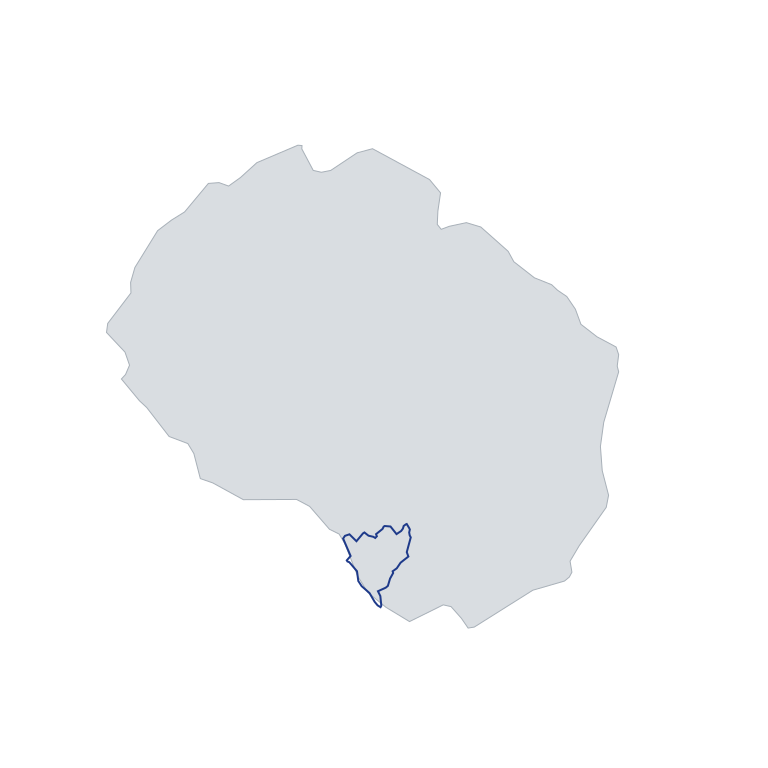 Gevgelija highlighted on a map of North Macedonia, rotated 54°
{"feature_id": "MKD-2998", "entity_name": "Gevgelija", "entity_type": "Statistical Region", "adm_level": 1, "iso_a3": "MKD", "parent_name": "North Macedonia", "parent_adm1": "", "projection": "mercator", "projection_center": [22.379, 41.246], "detail": "coarse", "context": "in_parent", "style": "outline", "palette": "blue", "viewbox_px": 768, "rotation_deg": 54, "n_neighbors": 0, "source": "natural_earth", "source_scale": "10m", "svg_char_len": 1799}
<svg xmlns="http://www.w3.org/2000/svg" viewBox="0 0 768 768"><g transform="rotate(54 384 384)"><path d="M349.8,205.6L361.4,207.1L386.5,199.9L402.2,190.0L410.1,188.5L420.7,184.7L436.0,185.2L451.5,189.6L471.1,183.9L490.5,174.5L498.2,176.9L506.6,184.8L512.1,187.0L544.1,228.7L561.7,245.6L582.4,258.4L606.0,267.7L614.4,276.7L629.5,320.9L636.7,337.6L646.7,342.6L649.1,347.5L649.5,353.8L638.3,384.8L633.7,453.9L630.9,459.4L619.1,459.1L603.5,460.6L597.5,465.9L591.2,503.0L566.0,513.6L543.2,519.6L523.9,518.2L490.0,509.5L479.0,508.5L469.5,513.5L439.3,516.1L426.0,522.6L394.9,565.8L363.3,580.7L352.6,588.2L328.5,578.7L316.9,577.7L300.2,588.7L263.6,589.8L253.8,591.7L225.6,593.5L224.4,587.5L219.2,578.8L206.0,574.8L179.2,578.2L172.6,571.9L161.6,535.2L152.9,529.3L143.3,517.0L126.9,477.0L126.5,459.5L127.6,444.2L118.5,408.2L124.1,399.1L132.5,393.4L132.6,378.8L130.2,356.7L140.2,313.3L142.9,310.2L145.5,312.3L169.6,315.7L175.9,310.2L179.9,301.6L181.2,269.8L186.9,255.0L245.4,227.0L262.6,225.9L275.8,238.8L286.2,247.1L292.5,246.8L294.8,238.5L301.9,222.5L313.9,213.4L349.5,205.6L349.8,205.6Z" fill="#d9dde1" stroke="#a8b0b8" stroke-width="1"/><path d="M562.5,518.0L559.3,519.3L554.7,519.6L544.6,518.6L534.4,520.9L528.3,520.6L519.6,515.9L507.8,516.8L506.1,517.9L504.8,517.8L503.5,512.1L485.0,507.9L483.9,504.8L485.3,500.3L495.0,498.7L492.5,488.8L492.6,487.1L497.6,485.7L501.4,482.4L503.4,481.6L503.0,479.3L500.8,478.7L500.4,470.4L499.2,468.1L499.3,466.9L503.1,462.5L512.8,462.1L513.0,456.5L512.1,453.7L510.4,451.5L510.4,448.6L510.6,447.9L515.3,448.3L516.9,448.6L518.9,450.9L521.6,452.2L523.8,452.5L533.4,464.4L537.9,465.7L538.3,475.6L540.6,482.0L540.6,487.1L542.3,487.7L545.0,493.5L549.6,499.5L549.8,502.3L548.1,510.7L553.4,511.6L561.8,516.5L562.5,518.0Z" fill="none" stroke="#1e3a8a" stroke-width="2"/></g></svg>